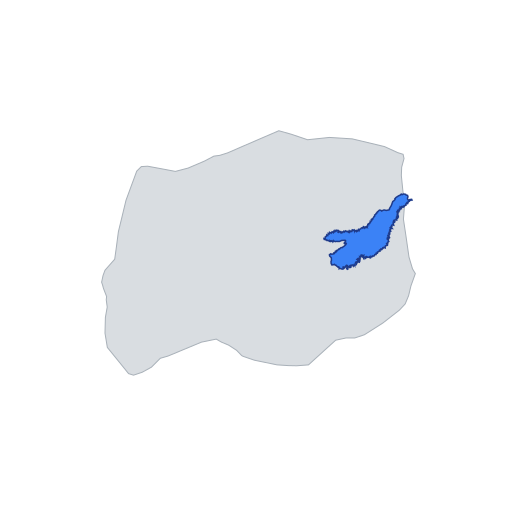 Seate, Mokhotlong, Lesotho shown in context, rotated 39°
{"feature_id": "5366337B91839727568065", "entity_name": "Seate", "entity_type": "district", "adm_level": 2, "iso_a3": "LSO", "parent_name": "Lesotho", "parent_adm1": "Mokhotlong", "projection": "equal_earth", "projection_center": [28.771, -29.06], "detail": "fine", "context": "in_parent", "style": "filled", "palette": "blue", "viewbox_px": 512, "rotation_deg": 39, "n_neighbors": 0, "source": "geoboundaries", "source_scale": "gbopen_adm2", "svg_char_len": 7127}
<svg xmlns="http://www.w3.org/2000/svg" viewBox="0 0 512 512"><g transform="rotate(39 256 256)"><path d="M320.3,338.0L309.1,342.1L307.5,342.4L300.3,341.5L290.8,342.5L283.2,344.7L277.4,345.6L267.8,357.3L250.6,389.1L246.0,395.7L244.7,408.2L240.7,418.0L235.8,425.7L231.0,427.6L216.5,424.5L198.0,420.6L187.2,411.0L177.6,398.5L172.5,389.3L167.2,384.3L165.4,381.5L157.9,377.2L155.0,375.1L152.5,373.5L149.4,367.4L147.6,362.1L148.2,347.4L142.9,338.6L133.7,323.6L127.9,311.3L119.9,294.5L115.0,280.1L109.9,265.1L110.6,258.7L115.3,254.4L129.3,246.8L140.1,241.0L147.9,230.4L156.3,214.5L160.4,204.9L164.5,200.6L169.0,193.8L176.8,178.8L185.5,162.2L194.9,144.3L206.7,139.2L222.9,133.2L238.5,117.6L257.1,104.4L287.0,90.1L301.0,86.5L306.3,84.4L309.7,87.1L313.3,95.3L318.4,102.1L330.2,114.0L335.2,116.9L347.4,134.6L360.5,146.6L375.5,160.5L385.7,167.5L390.9,169.4L395.2,181.7L399.6,190.9L402.1,199.4L401.5,207.8L396.8,228.1L389.8,249.0L384.3,257.6L377.5,263.1L370.9,271.3L368.3,288.0L365.3,307.6L356.7,315.7L350.0,320.9L340.8,327.4L320.3,338.0Z" fill="#d9dde1" stroke="#a8b0b8" stroke-width="1"/><path d="M338.0,202.7L337.7,201.1L338.5,201.3L338.1,200.9L338.9,200.6L339.3,199.9L338.8,197.7L338.3,197.8L338.0,198.8L337.7,199.0L337.4,197.9L338.1,196.8L340.2,195.8L339.7,195.1L339.4,195.0L338.6,195.9L338.3,195.9L337.8,194.7L337.5,194.4L337.0,195.1L336.6,195.2L336.7,193.9L337.5,192.8L338.0,193.0L338.1,194.2L338.7,194.2L339.6,194.7L339.8,194.4L339.0,194.0L339.2,193.8L338.9,193.1L337.8,191.5L337.0,191.1L337.6,190.8L337.1,189.0L337.8,188.6L338.2,189.5L339.2,190.0L339.4,189.2L339.0,188.1L339.3,187.7L339.5,188.5L341.2,190.1L341.3,189.4L340.6,188.7L341.8,188.3L341.8,187.4L342.2,186.9L342.5,187.1L342.4,187.9L342.6,188.5L343.0,186.8L343.4,186.9L344.0,186.2L344.7,185.9L344.8,185.2L345.5,185.7L346.2,185.4L346.2,184.9L345.7,183.9L346.2,184.0L346.9,183.2L346.7,182.3L347.4,182.1L347.8,181.5L347.4,180.2L348.4,179.3L347.6,178.3L348.2,177.8L348.0,177.1L348.5,177.1L348.1,176.0L348.8,175.0L348.5,174.3L349.1,174.0L348.4,173.5L348.9,172.9L348.7,172.1L349.7,172.0L349.7,171.7L349.0,171.6L349.8,170.6L349.3,169.7L349.5,169.3L350.0,169.6L350.4,168.7L351.3,168.4L350.5,167.5L350.2,166.6L351.1,165.5L351.4,164.9L351.2,164.6L350.9,164.9L350.7,164.2L349.9,164.3L349.6,164.1L350.3,163.0L349.7,162.5L350.1,161.2L349.4,161.0L348.5,159.8L347.7,160.4L347.2,160.2L346.7,159.2L347.3,159.1L348.3,158.1L348.3,157.7L347.9,157.5L347.9,158.2L347.6,158.4L346.7,157.1L346.0,157.5L345.7,157.4L345.6,156.8L346.0,156.8L346.4,156.4L346.1,154.6L345.8,154.4L345.5,155.1L345.1,155.1L345.2,153.9L344.6,154.0L344.4,153.7L345.0,152.0L344.4,152.1L343.5,151.8L343.5,151.4L344.0,151.0L343.8,150.5L342.4,149.7L342.5,149.1L343.4,149.6L344.5,148.9L343.6,148.7L343.1,148.0L342.7,148.0L342.9,147.4L342.1,147.0L342.1,146.5L342.5,145.9L343.6,145.4L341.7,144.1L341.7,143.5L342.3,143.1L342.4,142.2L341.9,142.4L341.4,143.4L341.5,142.6L340.9,142.5L340.8,141.3L341.3,141.1L341.3,140.5L342.3,139.8L341.8,139.7L341.6,139.1L342.4,138.1L342.3,137.6L341.2,138.0L340.8,137.4L342.0,136.8L342.1,136.1L341.6,135.6L340.4,136.0L340.2,135.7L340.6,135.2L339.8,135.1L339.7,134.7L340.1,134.4L339.6,133.6L339.4,133.5L339.2,134.0L338.3,133.3L338.8,132.6L338.0,132.5L338.8,131.7L337.5,131.7L337.3,131.4L337.5,131.0L338.6,130.5L338.8,129.9L338.6,129.4L338.0,130.2L337.9,129.5L338.4,128.9L337.5,128.5L338.0,127.7L338.6,128.1L338.9,127.9L337.5,127.1L338.8,126.8L338.7,126.5L338.0,126.4L338.2,125.6L339.4,125.6L339.8,125.1L339.3,124.8L339.2,124.3L339.4,124.0L339.9,124.3L339.9,123.3L340.6,122.2L340.4,121.9L340.1,122.2L339.9,121.8L340.0,121.2L339.7,120.8L339.7,119.0L340.0,118.9L340.0,119.7L340.4,120.1L340.9,119.9L340.3,118.1L340.8,116.8L340.6,116.4L340.7,115.5L341.4,115.2L341.6,114.5L341.9,114.3L341.3,114.0L340.0,115.3L339.3,116.7L338.8,116.7L337.8,116.3L337.2,115.5L336.9,114.4L335.6,113.5L334.3,114.2L333.5,113.9L332.7,114.3L331.3,115.3L331.1,116.2L330.8,116.5L329.9,116.5L329.8,117.8L329.0,119.3L328.0,122.3L327.9,124.1L328.3,124.2L328.5,124.7L328.4,126.1L328.0,127.6L329.4,131.6L329.9,135.2L330.4,135.8L330.4,136.4L328.5,138.7L326.9,139.4L326.2,140.1L325.3,142.0L324.4,141.9L323.2,142.5L323.0,142.9L322.8,144.5L322.6,145.0L322.8,145.3L322.6,145.5L322.6,147.0L322.9,147.1L322.6,147.8L322.8,148.4L322.4,149.5L323.2,150.5L322.9,151.3L323.2,152.1L323.1,153.4L323.6,154.1L323.3,154.5L322.9,154.2L322.7,154.7L323.1,155.0L322.9,155.6L323.6,155.8L323.5,157.1L323.1,157.3L323.7,157.7L323.8,158.2L323.5,158.6L323.8,159.2L323.2,159.8L323.2,160.5L323.6,160.7L323.0,161.1L323.5,161.8L323.5,162.7L324.1,162.9L323.9,163.7L324.3,163.9L323.7,164.1L323.8,164.5L323.0,165.5L322.8,165.3L322.8,164.5L322.3,165.3L321.4,165.5L321.9,166.0L321.1,165.9L321.4,167.2L320.7,167.2L320.2,168.1L320.3,169.0L319.7,170.0L319.9,170.6L319.3,170.7L319.8,171.3L318.9,171.2L319.0,171.9L319.5,172.2L319.3,172.7L318.4,172.9L318.8,173.8L317.4,174.0L317.9,173.5L317.7,173.2L316.8,174.3L316.4,173.9L316.7,174.5L315.8,173.9L315.5,174.7L314.9,174.8L315.1,175.3L314.9,175.4L314.9,175.7L314.5,175.6L314.9,176.8L314.1,177.0L313.9,178.1L313.4,177.3L313.1,177.5L313.1,177.9L313.8,178.5L313.7,178.9L312.5,178.1L312.7,179.4L311.3,179.4L311.2,179.9L309.9,180.0L309.9,180.8L309.2,181.1L309.4,181.6L308.6,181.5L308.6,183.1L307.9,183.0L307.6,183.2L307.5,183.7L307.9,184.2L307.7,184.6L307.0,184.6L306.4,184.0L306.2,184.6L305.1,184.4L304.9,185.4L305.1,185.8L304.8,185.9L304.6,185.5L304.7,184.4L303.9,184.3L302.9,185.0L302.9,185.6L302.2,185.4L301.9,185.7L302.2,187.1L302.0,187.6L300.8,187.1L300.9,188.3L300.4,189.1L301.3,188.8L301.5,189.2L299.9,189.4L300.1,191.0L299.2,191.0L298.8,191.7L298.4,191.6L299.0,192.7L297.9,193.0L298.5,193.7L298.6,194.7L298.9,195.0L298.5,195.3L297.7,195.1L297.8,195.6L298.3,196.0L298.3,196.6L297.8,197.6L298.6,198.6L298.5,199.2L297.8,199.6L298.6,200.2L299.9,199.3L300.3,199.5L301.0,199.0L301.4,199.3L302.2,198.6L304.4,198.2L304.9,197.8L304.9,197.4L304.6,197.3L305.0,197.2L305.2,196.7L305.4,196.9L305.6,196.6L306.0,196.7L306.2,196.4L306.5,196.5L306.5,195.8L306.9,196.2L306.9,195.6L307.4,195.2L308.5,195.0L309.1,194.2L311.7,192.2L312.8,190.0L315.3,187.7L316.0,187.7L316.3,188.0L316.4,190.4L316.7,190.7L317.3,190.6L317.8,189.4L318.4,189.6L318.6,191.1L318.3,193.0L317.7,194.8L317.8,195.1L316.8,196.0L316.5,197.2L316.6,197.6L316.2,198.1L316.3,198.5L315.9,198.6L315.9,199.8L315.6,200.3L315.7,201.3L315.2,201.3L315.4,201.9L315.1,202.1L315.5,202.3L315.2,202.7L315.4,203.0L315.2,203.2L315.4,203.3L314.9,203.8L315.1,204.3L314.9,204.4L315.1,204.6L314.7,204.9L315.1,205.3L314.2,206.5L313.7,206.7L313.6,207.1L312.6,207.4L312.7,208.0L312.2,208.6L312.4,209.0L313.4,209.7L315.6,209.9L317.4,211.9L317.7,213.0L318.5,213.9L319.3,214.7L320.0,214.7L320.4,215.2L321.4,214.5L322.2,213.1L323.3,213.3L323.9,212.8L324.8,213.1L325.8,212.9L326.5,213.1L326.9,212.6L327.3,212.8L327.6,212.5L328.6,213.5L328.7,212.9L331.2,212.0L332.0,211.1L332.1,210.6L331.0,210.3L330.6,209.8L331.1,209.2L332.3,209.2L332.4,208.5L332.1,207.4L332.1,206.3L333.0,205.9L334.3,208.6L335.3,208.9L335.6,208.2L334.3,207.2L334.4,206.2L335.9,206.1L336.6,205.5L336.8,204.9L336.5,204.4L335.1,205.3L335.0,204.8L335.2,203.9L336.7,202.2L338.0,202.7Z" fill="#3b82f6" stroke="#1e3a8a" stroke-width="1.5"/></g></svg>